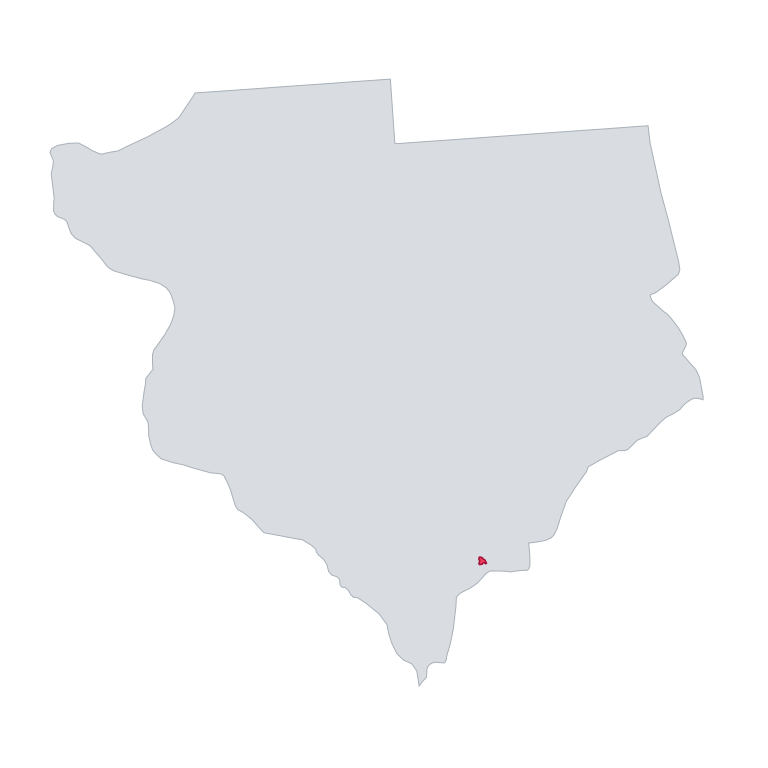 where Francistown sits in Botswana, rotated 86°
{"feature_id": "BWA-5502", "entity_name": "Francistown", "entity_type": "City", "adm_level": 1, "iso_a3": "BWA", "parent_name": "Botswana", "parent_adm1": "", "projection": "mercator", "projection_center": [27.509, -21.161], "detail": "fine", "context": "in_parent", "style": "filled", "palette": "rose", "viewbox_px": 768, "rotation_deg": 86, "n_neighbors": 0, "source": "natural_earth", "source_scale": "10m", "svg_char_len": 3260}
<svg xmlns="http://www.w3.org/2000/svg" viewBox="0 0 768 768"><g transform="rotate(86 384 384)"><path d="M422.0,66.9L420.7,70.3L419.8,75.2L421.0,78.8L423.6,83.7L427.3,88.0L430.1,90.6L433.5,96.9L436.9,104.9L441.4,111.0L454.5,125.2L456.0,130.3L457.8,135.3L466.1,145.0L467.3,148.2L466.8,154.8L475.3,174.5L480.9,186.1L485.6,188.2L500.7,200.5L513.9,210.4L529.3,217.1L540.6,221.5L546.2,224.8L549.0,227.8L551.3,233.8L552.4,244.1L552.8,250.8L565.0,250.5L575.1,251.1L578.6,252.5L579.9,254.4L579.6,258.8L579.8,265.4L580.3,270.7L579.2,276.4L578.5,283.1L578.0,291.3L579.5,294.6L589.3,305.0L593.4,311.8L597.7,322.1L600.3,325.4L602.3,326.7L611.1,327.8L633.8,332.1L647.8,336.0L658.9,340.1L663.5,341.2L665.7,342.3L666.5,343.3L665.1,352.2L665.6,355.1L666.8,357.7L668.7,359.7L671.0,361.0L679.4,362.0L684.5,367.4L687.7,370.0L672.5,371.3L665.0,375.9L660.6,384.0L653.7,390.0L644.4,393.9L634.5,396.5L624.1,397.9L613.0,404.9L601.2,417.6L595.2,425.5L594.9,428.8L592.3,431.6L587.3,434.0L584.4,436.9L583.7,440.3L581.1,441.9L576.3,441.8L573.0,444.2L571.1,449.3L567.0,452.4L560.5,453.4L555.0,456.3L550.3,461.0L546.7,463.3L544.2,463.4L540.2,467.2L533.8,476.1L532.8,480.3L524.0,514.1L519.2,518.1L510.0,525.1L502.4,533.4L499.2,538.4L495.7,540.6L478.4,544.7L472.0,546.9L464.3,550.1L462.3,553.0L460.4,563.5L455.1,578.6L450.7,589.7L447.9,599.4L443.1,611.5L438.8,615.6L434.0,619.3L427.7,621.1L419.1,622.3L411.3,621.9L405.2,622.1L396.8,626.4L389.0,626.7L376.5,624.2L366.5,621.8L362.0,621.3L353.1,613.4L347.3,613.5L338.6,612.9L333.7,611.1L329.2,607.1L319.3,599.1L309.6,592.7L301.1,588.9L293.1,587.2L285.5,588.7L279.6,590.4L277.3,591.3L272.7,594.6L268.0,600.9L264.2,610.7L262.7,616.7L258.3,629.5L252.6,644.9L249.8,649.4L246.7,652.6L241.6,655.6L225.3,667.8L217.1,681.7L211.9,685.7L205.6,687.6L200.4,688.8L197.5,691.1L194.2,698.1L191.4,700.5L188.3,701.5L178.9,700.7L175.9,700.0L151.1,701.3L143.5,699.1L138.1,698.2L129.6,701.1L126.1,699.2L123.3,693.4L121.9,681.7L122.3,671.8L126.9,664.3L130.8,658.8L134.5,651.7L135.0,648.5L134.3,645.6L133.5,639.7L133.1,633.7L127.8,620.6L121.2,603.2L112.4,583.9L109.6,578.6L104.1,570.2L83.6,554.3L80.5,552.2L80.5,550.4L80.5,535.0L80.5,514.7L80.5,494.3L80.4,474.1L80.4,453.8L80.4,433.7L80.4,413.5L80.3,393.4L80.3,373.4L80.3,356.4L95.1,356.4L113.3,356.4L135.0,356.4L144.6,356.4L145.2,353.8L145.1,341.4L145.1,313.0L145.1,284.7L145.0,256.4L145.0,228.3L144.9,200.2L144.9,172.2L144.9,144.3L144.8,116.4L144.8,102.6L161.5,101.8L180.7,99.0L211.9,94.5L240.9,88.8L259.9,85.5L282.3,81.6L290.1,80.9L292.2,81.4L295.2,82.8L305.6,96.7L312.1,107.2L313.4,111.8L314.7,112.3L317.8,111.5L321.2,109.8L331.8,99.3L334.0,96.5L340.8,91.4L348.9,86.2L356.4,82.5L363.8,79.5L367.2,80.2L371.3,82.9L374.9,84.5L391.8,71.7L399.4,68.8L419.3,66.5L422.0,66.9Z" fill="#d9dde1" stroke="#a8b0b8" stroke-width="1"/><path d="M569.5,294.3L570.0,294.3L570.4,294.9L570.3,295.5L569.6,296.0L569.3,297.0L569.5,298.0L569.9,298.2L570.5,298.5L570.8,299.0L570.7,299.9L570.8,300.7L570.9,301.1L570.6,301.6L569.5,301.8L569.3,301.8L567.5,300.9L566.5,300.7L566.1,301.5L564.7,301.5L563.6,301.2L563.3,300.7L563.4,299.8L563.6,299.1L564.1,298.8L564.4,298.4L564.3,297.9L564.4,297.7L565.0,297.5L565.9,296.9L566.2,296.3L566.7,295.5L567.5,295.3L568.9,294.6L569.5,294.3Z" fill="#f43f5e" stroke="#9f1239" stroke-width="1.5"/></g></svg>